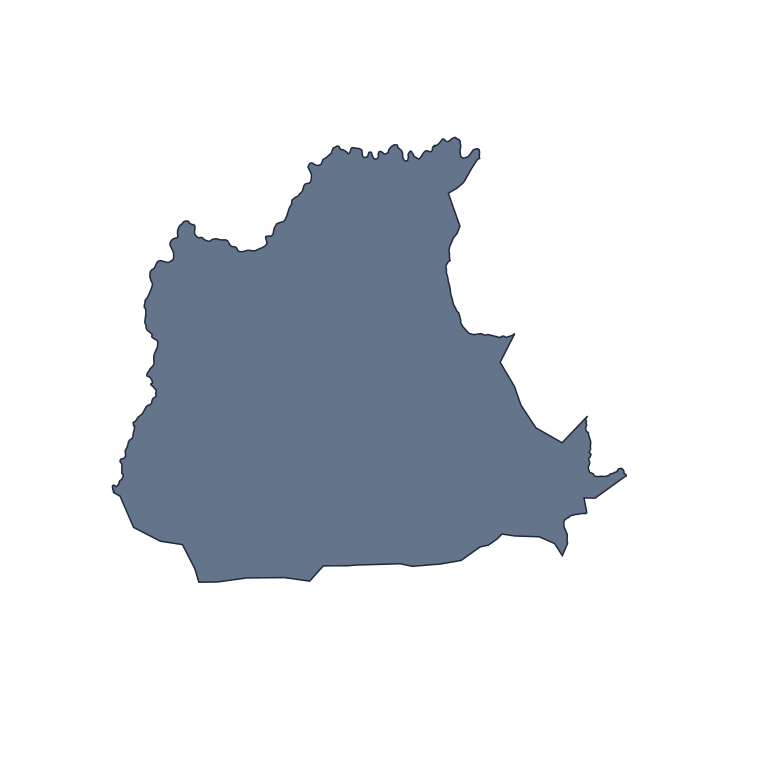 the district of Arbulag, Hövsgöl, Mongolia, rotated 113°
{"feature_id": "93677404B38396259035136", "entity_name": "Arbulag", "entity_type": "district", "adm_level": 2, "iso_a3": "MNG", "parent_name": "Mongolia", "parent_adm1": "Hövsgöl", "projection": "natural_earth1", "projection_center": [99.205, 49.962], "detail": "fine", "context": "isolated", "style": "filled", "palette": "slate", "viewbox_px": 768, "rotation_deg": 113, "n_neighbors": 0, "source": "geoboundaries", "source_scale": "gbopen_adm2", "svg_char_len": 6171}
<svg xmlns="http://www.w3.org/2000/svg" viewBox="0 0 768 768"><g transform="rotate(113 384 384)"><path d="M472.3,152.8L459.6,152.7L458.0,153.2L456.2,154.5L451.7,156.1L450.6,156.8L445.1,162.5L440.9,164.5L438.7,164.5L437.5,164.0L433.7,161.3L432.6,160.9L431.5,159.8L430.7,158.4L429.3,156.9L428.1,154.3L426.9,153.1L424.7,148.7L424.5,147.6L423.2,147.1L422.3,147.6L410.7,155.4L406.6,145.1L374.9,125.9L374.0,125.0L372.7,126.1L372.4,128.0L372.1,128.4L370.7,129.0L369.7,130.0L368.8,132.3L369.3,133.4L370.7,135.0L373.9,135.6L374.5,136.0L375.0,137.0L376.9,138.5L378.4,140.6L380.1,141.2L383.0,144.7L383.6,146.9L384.2,147.7L384.2,148.6L385.0,149.5L386.4,153.4L386.1,154.7L384.9,156.5L384.9,160.2L381.4,163.4L376.6,163.7L375.3,164.3L373.0,166.4L372.4,166.6L370.8,165.7L367.8,166.0L367.4,166.6L367.1,168.2L366.8,168.5L363.1,168.4L360.6,169.8L357.8,170.5L355.6,171.7L350.6,176.1L348.9,176.7L348.6,177.4L348.8,178.8L347.2,180.5L345.1,181.3L342.7,181.4L340.9,182.8L339.2,183.0L338.2,184.2L337.3,184.7L334.0,184.1L368.5,197.1L365.0,227.0L350.1,249.5L335.2,263.1L318.6,285.6L286.4,283.3L287.6,283.9L289.7,285.5L293.3,289.7L293.4,290.6L293.1,292.7L294.6,294.6L295.3,294.8L296.2,296.4L296.3,298.2L297.7,306.9L298.1,308.1L299.5,309.8L299.8,311.3L299.6,313.7L300.0,314.9L303.5,320.6L304.2,325.5L300.4,333.8L297.5,337.5L295.4,338.2L289.4,342.9L288.4,345.4L286.0,347.9L285.3,349.2L284.4,349.8L283.8,351.1L278.9,354.5L275.2,357.7L270.6,360.2L266.3,363.3L264.3,365.0L261.6,366.5L257.1,370.1L254.5,371.1L251.9,372.9L250.9,373.2L246.2,372.6L245.7,372.4L244.7,371.3L242.9,372.7L238.5,374.6L236.1,376.2L232.0,377.2L222.3,377.2L216.8,375.5L209.0,375.8L183.3,399.3L175.1,393.3L168.4,389.9L165.8,389.2L150.8,387.5L143.7,386.3L141.2,385.8L140.0,385.2L139.1,384.1L137.8,385.0L133.3,386.6L131.3,387.8L130.8,389.4L131.0,390.3L133.1,392.9L134.3,393.5L139.8,394.7L141.8,395.4L144.3,397.9L145.0,399.1L145.0,401.4L143.8,402.9L139.9,405.0L134.4,406.5L132.7,408.0L131.0,408.5L129.7,410.4L129.8,412.6L129.2,414.1L129.2,415.0L131.4,417.2L135.1,419.1L136.2,420.4L136.2,421.9L135.2,424.6L135.5,425.6L136.3,426.2L139.1,426.7L142.7,428.1L144.9,429.6L145.6,430.6L145.4,430.7L144.3,429.8L144.5,430.6L146.2,431.5L147.3,431.7L150.2,430.9L150.9,431.0L151.6,431.4L152.3,432.7L152.5,435.8L153.5,437.1L156.0,438.0L161.6,439.0L163.1,439.6L163.4,440.5L162.9,442.7L162.9,445.1L161.7,446.2L159.3,449.6L159.2,450.4L159.6,450.9L161.5,451.4L163.2,451.5L166.0,450.1L168.9,449.6L169.5,449.8L170.3,451.5L170.4,452.1L170.1,452.7L168.2,455.2L164.1,457.2L162.7,458.7L162.0,459.8L161.0,463.3L160.1,464.3L159.0,465.0L158.9,465.6L159.8,468.1L162.5,470.0L165.7,471.0L168.0,471.0L168.8,470.5L171.4,472.1L172.2,474.0L171.3,475.9L171.4,478.5L171.7,479.0L172.6,479.4L174.7,479.2L175.5,478.9L176.2,478.0L177.2,477.8L179.2,478.4L180.2,479.4L180.4,480.7L180.1,482.0L178.3,484.2L175.8,486.0L175.7,486.7L176.3,488.1L177.0,488.4L180.6,488.0L181.4,488.3L182.5,489.3L183.3,491.2L183.1,492.1L181.6,493.4L177.4,495.7L176.9,498.3L178.8,505.6L180.1,506.3L184.5,505.9L185.3,506.2L186.0,507.0L185.1,508.8L184.3,512.6L184.5,514.0L185.1,515.4L184.9,516.0L183.2,517.8L182.9,519.3L183.2,520.0L186.8,523.0L192.2,522.7L198.2,525.7L201.2,527.9L206.0,527.7L206.8,528.2L208.5,529.8L208.9,530.8L209.2,533.2L208.6,535.6L208.7,537.0L209.5,538.1L210.8,538.7L213.4,538.8L214.3,538.5L218.0,534.1L220.0,532.4L224.2,530.9L227.3,530.7L228.4,531.4L229.5,533.3L231.1,534.9L233.1,535.2L238.8,534.5L241.7,535.9L244.4,536.4L246.4,538.2L250.1,540.4L251.3,540.5L254.7,539.3L257.6,539.9L261.4,539.8L266.6,539.2L272.0,539.3L272.7,539.5L274.6,540.9L275.5,542.4L278.2,545.2L282.9,545.9L285.2,545.7L289.2,544.7L291.4,545.3L292.3,546.1L292.7,547.8L294.5,550.5L296.0,549.9L299.3,547.2L300.5,546.6L302.8,547.1L306.1,549.3L308.0,551.4L311.1,554.1L311.9,555.1L312.5,556.4L314.0,561.6L317.6,566.0L318.5,568.5L318.5,570.4L316.5,572.5L316.1,573.9L316.0,575.0L316.8,577.6L316.7,578.8L316.1,580.2L313.3,584.0L313.1,585.8L315.1,590.4L315.8,595.1L316.3,596.1L317.9,598.5L320.3,599.9L321.2,601.1L321.4,605.2L320.3,608.6L320.6,609.9L321.8,611.6L321.9,612.6L320.9,615.2L319.8,617.0L317.4,618.1L314.6,618.8L312.1,620.0L311.9,621.1L311.6,621.4L312.2,622.0L312.2,622.4L312.0,625.6L311.7,626.4L310.7,627.4L310.6,628.2L311.7,630.6L312.7,631.7L315.8,632.6L317.1,633.5L319.1,634.1L323.0,634.1L325.9,633.0L329.2,631.2L329.8,631.4L332.4,634.4L334.1,635.5L336.8,636.1L338.4,635.9L339.9,635.1L344.6,629.8L346.0,628.7L348.3,627.6L351.2,626.8L352.0,626.9L355.3,629.0L356.5,630.3L356.8,631.3L357.7,638.0L359.3,640.0L362.3,640.6L366.9,640.6L369.8,642.4L371.8,643.0L372.8,642.9L377.4,641.2L378.4,640.0L379.7,639.1L381.5,636.9L382.5,636.2L384.2,635.7L393.1,635.3L397.1,635.7L399.9,636.5L401.5,636.3L403.2,635.5L404.8,635.5L407.0,634.7L408.5,632.5L411.7,630.9L420.7,628.3L421.6,627.6L422.6,626.3L426.0,624.4L427.2,622.5L427.7,620.2L429.0,616.8L429.5,616.5L430.7,616.6L431.6,615.7L432.1,614.2L432.5,610.0L433.9,608.6L438.5,607.0L445.8,607.2L448.5,606.7L451.8,605.3L455.3,603.5L457.5,603.8L462.0,605.4L463.1,605.3L466.4,606.1L468.4,605.8L469.0,605.6L469.3,604.9L469.2,602.3L470.4,600.1L473.0,597.6L473.7,597.6L474.9,598.7L475.7,598.4L476.8,595.2L478.2,592.6L478.4,591.5L479.4,590.9L481.7,590.5L483.8,589.3L485.0,589.3L487.7,591.1L489.6,591.1L492.6,590.5L494.8,591.6L495.8,592.9L497.7,594.0L505.6,594.8L507.4,595.5L510.5,597.4L515.0,598.2L515.9,598.6L517.0,599.7L517.7,599.8L520.3,598.2L520.5,597.6L520.2,597.1L520.6,596.9L523.2,596.2L527.2,595.6L530.5,594.6L532.3,594.6L535.1,596.3L537.6,596.6L539.5,596.1L542.7,595.8L546.6,596.2L550.8,593.9L552.2,593.7L554.1,594.6L556.0,596.9L557.7,597.0L558.7,596.6L559.8,594.5L561.1,593.6L568.8,590.4L569.2,588.6L571.9,588.0L574.4,588.2L575.8,589.2L577.1,589.6L579.5,589.0L582.3,589.9L582.8,590.2L583.2,591.0L582.6,592.4L582.8,593.4L583.7,594.0L584.6,594.0L586.1,592.8L587.2,592.6L588.1,590.8L588.5,591.1L589.2,590.5L589.6,590.6L590.4,583.1L613.9,558.4L616.1,528.4L610.6,506.8L628.1,485.8L638.8,477.0L631.3,459.9L616.1,434.5L601.2,400.2L594.5,375.4L575.1,368.8L565.4,346.2L561.4,338.6L543.2,299.0L540.7,286.5L527.3,261.1L516.2,244.0L496.5,232.0L491.5,224.9L482.2,219.2L476.0,216.7L472.8,204.3L464.0,181.4L464.2,164.6L472.3,152.8Z" fill="#64748b" stroke="#1e293b" stroke-width="1.5"/></g></svg>